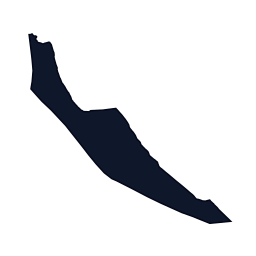 outline of Makanza, Équateur, Democratic Republic of the Congo, rotated 264°
{"feature_id": "63176286B16264123188485", "entity_name": "Makanza", "entity_type": "district", "adm_level": 2, "iso_a3": "COD", "parent_name": "Democratic Republic of the Congo", "parent_adm1": "Équateur", "projection": "albers", "projection_center": [19.154, 1.264], "detail": "fine", "context": "isolated", "style": "filled", "palette": "ink", "viewbox_px": 256, "rotation_deg": 264, "n_neighbors": 0, "source": "geoboundaries", "source_scale": "gbopen_adm2", "svg_char_len": 2780}
<svg xmlns="http://www.w3.org/2000/svg" viewBox="0 0 256 256"><g transform="rotate(264 128 128)"><path d="M148.7,117.9L148.4,104.8L149.1,92.7L148.8,92.4L148.7,92.2L148.5,91.5L148.2,90.7L148.5,88.8L149.0,85.3L149.7,84.7L150.1,84.2L150.8,82.9L152.3,81.8L153.3,80.9L154.6,79.6L155.2,79.5L155.8,79.0L157.0,78.0L158.4,77.2L159.4,76.2L160.4,75.8L160.5,75.8L160.8,75.5L161.3,75.0L162.9,74.6L164.4,74.3L165.5,74.0L165.8,73.9L165.9,73.7L167.9,73.0L169.4,72.5L169.5,72.4L170.2,71.7L170.3,71.7L172.4,70.7L172.6,70.6L172.9,70.4L173.6,70.2L174.1,69.8L174.3,69.7L174.9,69.7L179.2,67.4L179.3,67.2L180.2,66.6L180.4,66.7L180.6,66.7L183.9,65.8L184.6,65.5L184.8,65.4L185.6,65.1L188.0,64.6L189.3,64.3L191.1,63.8L192.7,63.6L193.2,63.5L194.5,63.5L194.8,63.7L195.0,63.8L195.6,63.7L198.9,62.8L200.3,62.6L202.4,62.2L204.5,61.9L204.9,61.8L205.4,61.8L206.9,61.7L207.7,62.0L208.3,62.1L210.1,62.1L210.6,62.1L212.6,61.5L213.2,61.4L215.4,61.0L218.7,60.4L218.9,60.3L219.0,60.3L221.3,59.0L221.6,58.1L221.3,56.6L221.2,56.1L220.9,53.8L220.5,52.7L220.3,52.2L221.6,50.0L221.9,48.9L222.4,47.6L222.8,47.0L222.9,46.9L223.3,46.6L223.7,46.6L224.5,46.4L225.3,45.6L225.6,45.3L226.3,45.2L227.9,46.5L228.4,46.6L229.1,45.9L229.3,44.1L229.6,43.8L230.0,43.3L231.4,42.6L231.5,42.5L231.5,42.1L231.3,41.6L231.1,41.2L231.1,40.9L231.2,39.4L220.9,39.6L209.3,39.8L204.4,39.8L199.2,39.7L194.9,39.6L184.3,37.6L179.6,36.3L177.0,35.6L168.8,41.5L163.6,45.3L153.7,53.8L137.0,66.4L131.4,69.9L117.9,78.5L111.8,82.3L105.1,86.4L95.7,92.6L85.9,99.8L79.4,106.6L76.7,111.3L67.6,125.4L57.9,140.0L49.7,153.2L38.3,172.8L33.8,182.2L24.7,199.4L24.5,220.4L37.4,209.6L37.9,209.3L38.5,208.9L39.1,208.6L42.1,206.1L42.7,205.5L43.7,205.1L44.1,204.6L44.6,204.1L45.4,203.5L45.9,203.0L46.6,202.4L47.0,202.2L47.8,201.7L47.1,196.9L47.4,196.1L47.5,195.2L47.6,194.6L48.0,193.7L48.5,193.0L49.7,190.2L49.8,189.7L50.0,188.6L51.9,187.2L53.7,186.1L55.1,184.9L56.5,183.5L57.6,182.4L58.7,181.4L60.0,180.2L65.2,175.2L68.1,172.3L70.3,170.1L77.1,163.6L80.5,160.2L83.4,157.5L84.9,155.9L85.8,155.1L87.0,154.5L88.4,154.2L89.3,153.9L90.2,153.8L91.0,153.6L92.2,152.4L93.3,151.4L94.3,150.2L95.0,149.5L96.0,148.6L97.0,147.6L97.6,147.1L98.2,146.4L99.0,146.2L99.5,146.0L100.4,145.9L101.2,145.7L102.3,145.3L103.1,144.7L104.7,143.3L105.7,142.3L106.8,141.6L107.4,141.0L107.5,140.9L108.7,140.1L109.6,139.4L110.3,138.9L111.5,138.8L112.7,138.4L113.9,137.5L115.1,136.5L115.7,136.0L116.6,135.4L117.7,135.1L118.6,134.8L119.4,134.6L120.7,134.0L122.2,133.2L123.3,132.6L124.3,131.8L125.6,131.0L126.5,130.4L127.4,129.8L128.1,129.5L128.9,129.2L129.9,129.1L130.9,129.0L132.3,128.4L133.5,127.9L134.6,127.3L135.9,126.6L137.3,125.8L138.7,124.9L140.0,124.1L141.3,123.3L142.7,122.3L144.3,121.1L145.6,120.2L146.9,119.3L147.9,118.5L148.7,117.9Z" fill="#0f172a" stroke="#020617" stroke-width="1.5"/></g></svg>